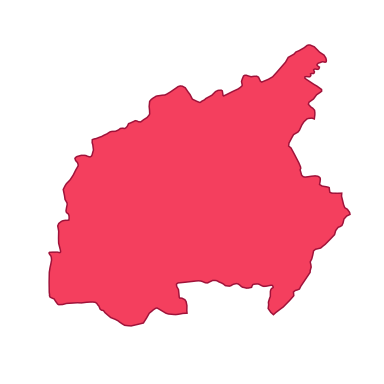 Son La, Son La, Vietnam (Equal Earth projection), rotated 263°
{"feature_id": "81297802B47097666741506", "entity_name": "Son La", "entity_type": "district", "adm_level": 2, "iso_a3": "VNM", "parent_name": "Vietnam", "parent_adm1": "Son La", "projection": "equal_earth", "projection_center": [103.913, 21.343], "detail": "fine", "context": "isolated", "style": "filled", "palette": "rose", "viewbox_px": 384, "rotation_deg": 263, "n_neighbors": 0, "source": "geoboundaries", "source_scale": "gbopen_adm2", "svg_char_len": 5380}
<svg xmlns="http://www.w3.org/2000/svg" viewBox="0 0 384 384"><g transform="rotate(263 192 192)"><path d="M291.7,174.2L291.6,170.1L291.6,169.1L291.4,167.9L290.7,166.5L290.0,164.9L288.8,162.8L287.1,161.0L282.1,159.9L278.2,159.8L274.6,159.5L273.3,158.6L272.5,157.7L271.4,156.5L269.7,152.9L267.8,149.6L268.3,147.3L269.2,146.0L269.7,144.3L269.2,143.0L268.0,139.2L267.6,137.4L265.0,135.7L263.7,134.1L263.3,133.2L263.3,132.4L263.7,131.4L263.8,130.3L263.8,128.6L262.8,127.1L262.2,125.5L261.6,123.5L261.7,122.0L261.9,120.0L261.7,118.1L260.9,116.3L260.1,114.8L259.0,111.3L258.1,109.2L257.6,106.8L256.7,103.3L256.6,101.5L256.3,100.1L256.1,99.4L253.1,98.9L251.0,99.3L245.6,99.3L243.4,98.3L241.1,97.4L239.9,96.6L239.4,95.6L239.3,94.7L240.3,92.4L241.1,91.2L241.5,89.7L241.9,86.6L241.2,82.1L240.6,80.9L239.7,79.9L237.8,80.2L236.6,80.8L235.2,81.9L233.5,82.3L231.8,82.2L228.0,79.3L223.3,76.2L218.9,72.5L215.6,68.4L213.8,66.9L210.2,64.5L203.9,65.0L200.0,65.1L196.5,66.6L194.8,66.6L191.9,65.6L188.9,64.7L187.5,64.7L186.1,65.6L185.3,66.6L183.8,67.0L182.4,67.0L181.4,66.9L180.7,66.8L179.1,66.3L179.1,64.6L179.3,63.1L179.3,61.5L179.1,59.8L178.6,58.5L177.0,55.9L174.7,54.6L169.4,54.9L162.5,53.9L157.4,53.4L150.3,54.3L148.6,54.3L148.1,53.9L148.0,53.0L148.7,51.2L149.3,46.0L149.4,44.5L149.5,43.3L149.2,42.8L148.4,42.7L146.8,43.5L145.6,44.2L144.0,44.4L141.5,44.3L138.0,43.2L134.3,41.9L129.8,40.6L119.9,39.2L114.4,38.6L109.9,38.1L107.2,38.1L106.4,37.9L104.9,38.4L104.0,39.8L103.4,40.8L102.7,42.1L100.1,43.3L97.1,45.0L96.4,46.0L96.1,49.8L96.7,53.9L96.4,58.7L96.1,64.0L96.1,64.5L95.4,68.7L95.4,73.9L95.2,77.4L94.9,80.1L94.3,82.5L93.1,83.9L91.3,84.8L90.1,85.7L87.0,86.5L85.8,87.7L85.1,89.7L82.9,90.9L80.0,93.5L77.3,96.0L74.9,100.4L73.0,103.1L71.8,104.2L69.7,106.6L67.9,108.9L67.1,112.2L66.5,115.3L67.2,121.9L67.3,122.7L67.9,127.8L68.4,128.2L69.4,129.0L72.3,131.4L76.9,134.8L78.7,137.7L79.8,139.3L80.7,141.1L81.1,142.2L81.1,143.2L80.4,144.2L76.7,149.0L74.9,151.3L73.8,153.7L73.2,156.5L72.7,158.7L72.3,160.9L72.3,163.0L72.4,165.1L72.6,168.1L72.3,172.3L74.9,172.4L79.9,173.1L83.9,172.8L86.0,171.8L87.9,169.0L88.2,166.9L89.2,166.5L96.7,166.7L100.1,165.3L102.2,165.3L102.7,165.6L103.1,166.3L103.5,167.4L103.4,168.7L103.3,173.3L103.2,182.5L103.2,184.6L103.1,187.5L102.6,189.8L101.9,191.4L100.6,193.6L100.2,194.5L99.9,196.1L99.9,196.6L100.5,198.1L101.7,201.7L101.5,203.5L101.2,205.1L100.6,206.4L99.6,207.6L98.2,210.1L96.9,211.9L95.0,213.7L94.4,216.0L94.0,217.8L94.3,219.3L95.1,221.0L95.4,222.0L95.7,224.9L95.1,226.6L93.9,228.0L92.8,228.9L91.9,229.8L91.3,230.6L90.8,232.2L90.0,234.2L89.8,236.2L89.9,237.2L90.1,239.5L90.9,239.8L92.7,241.1L92.9,242.2L92.9,244.4L92.7,246.3L92.2,247.4L90.7,249.5L90.1,250.5L89.7,251.3L89.5,252.9L89.5,254.8L89.6,256.0L89.7,257.4L89.7,258.0L89.8,258.7L89.7,259.4L89.7,259.9L89.5,260.3L89.1,260.6L87.9,261.0L87.5,261.0L87.2,260.8L86.5,259.2L85.5,258.4L83.9,257.7L81.6,257.4L78.7,257.0L76.9,256.0L73.3,254.4L70.7,254.3L67.1,253.4L62.9,255.6L60.3,257.9L62.1,260.4L64.9,265.2L66.8,268.6L72.4,275.6L75.5,279.1L76.7,280.4L80.4,280.5L81.7,282.6L81.9,284.2L82.2,285.4L82.6,286.8L85.2,288.5L97.8,299.4L99.8,299.8L102.9,301.1L105.2,301.1L108.2,300.8L108.5,301.0L111.0,302.7L114.8,304.2L118.8,305.5L120.1,307.6L120.7,312.9L122.5,315.6L123.8,317.8L129.4,324.8L132.3,328.3L136.2,329.9L138.4,332.0L139.3,333.0L139.5,334.4L140.5,336.7L142.8,338.1L146.6,339.5L149.3,342.6L150.5,346.1L152.6,345.9L155.9,344.1L157.8,341.7L160.9,340.9L166.2,340.3L169.6,339.9L172.6,340.5L173.0,336.3L173.8,330.7L174.9,328.8L176.9,328.7L179.6,328.7L180.2,327.7L180.9,325.7L182.0,321.9L183.9,319.5L184.3,319.6L186.4,320.3L188.9,320.9L190.2,320.9L191.0,320.4L191.5,319.9L192.3,318.8L193.0,316.2L193.1,312.4L193.0,308.6L193.0,306.1L193.6,304.3L195.2,302.9L200.8,302.0L202.2,302.8L203.6,302.8L207.9,301.6L216.5,298.4L223.7,295.6L225.0,294.3L225.8,293.5L228.7,294.2L233.9,297.8L236.6,299.8L238.6,304.5L240.3,306.2L245.2,309.2L248.1,311.7L250.5,315.0L250.8,316.3L250.8,318.0L250.7,320.1L249.6,322.3L253.5,323.3L255.8,323.6L258.2,323.6L260.5,322.0L261.6,320.6L264.0,318.8L265.0,318.2L266.9,319.1L269.5,323.9L273.3,327.5L275.4,331.6L276.3,333.0L278.0,333.1L281.9,328.9L283.9,326.2L288.2,321.2L289.9,319.2L290.4,318.7L291.2,317.9L292.4,318.0L292.6,318.5L292.6,319.9L292.0,322.3L292.1,323.1L293.0,324.1L293.8,324.2L294.4,324.1L294.7,324.0L295.1,325.0L294.9,326.3L294.8,327.1L295.0,327.5L296.3,328.2L297.7,327.7L298.4,327.5L298.7,327.8L299.0,328.6L299.0,329.6L298.5,330.9L298.4,332.1L299.0,333.1L300.4,333.7L301.8,332.1L302.7,331.5L303.3,331.6L304.5,333.0L304.9,335.3L305.4,336.9L305.3,337.9L304.7,339.6L304.6,340.6L305.1,341.1L306.3,341.4L308.6,341.2L309.0,341.0L311.8,339.7L315.3,335.6L321.2,331.1L323.5,327.1L323.7,325.8L323.5,324.2L321.5,320.9L319.2,315.4L318.3,312.2L316.4,310.0L313.9,303.9L309.5,300.7L300.3,290.5L296.5,286.1L294.5,281.4L292.6,274.6L293.6,273.4L297.9,272.0L299.0,270.4L299.3,267.7L299.2,264.7L300.2,262.3L301.3,260.0L301.4,258.5L300.9,257.3L298.1,255.7L295.7,254.6L291.9,254.9L291.2,254.5L289.9,252.7L288.6,250.2L286.7,244.3L284.6,238.5L283.5,235.1L283.9,234.6L288.7,234.4L289.5,233.4L289.7,230.3L288.8,227.6L285.6,223.5L283.1,217.1L282.0,215.7L280.8,212.5L279.9,211.2L280.0,210.4L281.5,207.7L284.1,203.7L289.0,201.9L292.3,200.0L296.3,198.0L297.3,196.6L298.2,195.3L298.7,193.2L298.3,191.0L297.1,188.8L293.9,182.7L292.2,178.8L291.6,176.9L291.7,174.2Z" fill="#f43f5e" stroke="#9f1239" stroke-width="1.5"/></g></svg>